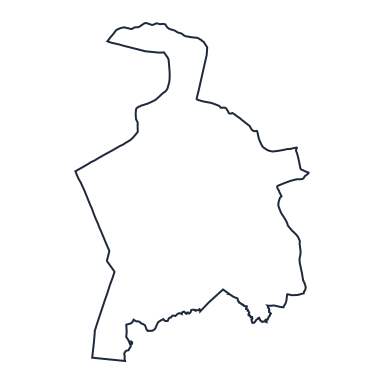 outline of Kota Subulussalam, Aceh, Indonesia
{"feature_id": "22746128B20185680371825", "entity_name": "Kota Subulussalam", "entity_type": "district", "adm_level": 2, "iso_a3": "IDN", "parent_name": "Indonesia", "parent_adm1": "Aceh", "projection": "orthographic", "projection_center": [97.94, 2.756], "detail": "fine", "context": "isolated", "style": "outline", "palette": "slate", "viewbox_px": 384, "rotation_deg": 0, "n_neighbors": 0, "source": "geoboundaries", "source_scale": "gbopen_adm2", "svg_char_len": 5981}
<svg xmlns="http://www.w3.org/2000/svg" viewBox="0 0 384 384"><path d="M92.2,357.7L125.1,361.0L125.0,360.4L124.6,359.7L124.7,355.7L124.4,355.0L124.2,353.7L124.4,353.3L125.2,351.8L125.9,351.0L126.6,350.6L128.0,350.4L128.7,350.1L129.4,348.4L130.5,347.1L130.7,345.7L130.4,344.7L129.7,343.3L129.8,343.3L130.9,344.2L131.5,344.2L131.8,344.1L132.1,343.5L132.2,342.9L131.7,341.8L131.4,341.5L131.1,341.4L130.4,341.6L129.3,341.6L128.8,341.1L128.8,340.8L126.2,336.8L126.7,332.3L126.3,324.7L131.1,323.3L131.5,322.7L132.3,322.4L133.1,320.8L133.6,319.7L136.0,321.3L138.4,321.4L139.8,322.0L141.0,323.3L143.4,324.2L144.8,325.2L145.0,325.3L146.7,329.8L147.3,330.2L147.4,330.7L148.1,331.0L148.5,330.8L148.8,330.9L149.2,330.8L150.1,330.7L151.2,330.9L152.8,330.6L154.0,329.6L154.8,329.2L155.2,328.7L157.1,324.2L158.1,322.3L160.8,320.4L162.8,319.5L163.2,319.1L164.8,320.8L166.6,321.1L167.0,321.1L167.8,320.8L168.0,320.4L168.3,319.4L169.3,317.9L169.9,317.6L170.8,317.6L172.2,315.8L173.0,315.6L173.8,315.6L175.4,316.0L176.4,315.0L177.5,314.0L178.3,313.5L179.4,313.2L180.5,313.4L181.8,314.1L182.0,312.7L182.5,312.1L183.4,311.9L183.9,311.6L184.5,311.9L185.3,313.0L185.9,313.6L186.2,313.7L186.5,313.8L186.9,312.9L187.3,312.5L187.9,312.5L188.1,313.2L188.5,313.4L189.4,313.4L189.8,313.2L190.8,311.8L191.1,310.2L191.9,309.8L194.5,309.7L194.8,309.8L194.8,310.3L195.5,310.8L197.0,310.1L198.1,310.3L198.5,310.2L199.0,309.6L199.5,309.2L199.8,309.7L200.1,309.9L200.2,311.4L208.6,302.6L223.0,289.5L229.6,294.2L229.3,294.3L230.0,294.5L233.6,296.9L237.2,298.3L237.8,299.0L237.8,300.2L238.0,300.7L238.4,301.1L238.4,301.5L239.1,302.0L239.1,302.6L240.2,303.0L240.7,303.3L241.2,303.7L241.5,304.2L242.2,304.3L242.3,304.6L242.8,304.7L243.0,304.9L243.3,304.9L243.3,305.2L243.7,305.4L243.9,305.8L244.2,306.1L245.4,306.2L245.7,306.4L245.9,306.4L246.0,306.3L246.2,306.2L246.6,306.5L246.8,306.5L246.6,307.5L246.0,308.7L246.0,309.0L246.8,309.3L247.1,309.3L247.7,309.6L247.7,310.7L248.2,310.8L248.2,311.2L248.7,311.6L249.3,312.9L248.4,314.3L248.5,314.7L249.0,314.5L248.9,315.3L249.4,315.3L249.9,315.9L250.1,315.8L250.4,316.0L250.7,316.8L250.7,317.1L251.3,316.9L252.1,317.0L252.1,317.5L252.4,318.4L252.2,318.6L252.1,319.2L251.6,319.3L251.4,319.7L251.8,321.2L252.0,321.4L252.2,322.7L253.0,322.9L254.0,322.8L254.6,322.0L255.0,321.9L255.2,321.7L255.7,320.7L256.5,319.7L257.8,318.9L258.0,318.2L259.2,317.8L259.6,319.1L260.0,319.4L260.3,320.6L260.8,320.7L261.5,321.2L261.8,321.7L262.4,322.0L263.2,321.5L264.3,321.5L265.6,321.6L266.6,322.1L266.6,321.5L266.0,320.8L265.3,320.4L265.4,320.1L265.7,319.7L266.1,319.6L267.4,319.6L267.8,319.5L267.8,318.9L268.0,318.3L268.4,317.7L268.7,316.7L269.7,316.1L269.9,314.7L270.5,314.2L270.9,313.5L270.1,312.9L269.0,311.9L269.0,311.4L269.3,310.7L269.3,309.7L269.0,309.5L269.0,308.4L267.9,307.5L268.0,306.4L267.9,305.8L267.7,305.6L269.6,305.8L274.2,305.5L280.6,307.0L283.5,307.3L284.1,305.7L285.4,303.7L286.3,301.2L287.1,294.9L287.4,294.2L291.7,295.2L297.6,295.0L303.7,293.3L304.2,291.2L305.1,290.3L305.5,288.7L305.7,287.1L304.8,283.8L303.1,280.2L301.9,272.9L299.8,263.2L299.5,259.7L299.6,258.2L300.3,255.2L300.6,252.0L300.4,249.6L299.6,243.7L299.9,241.3L298.8,238.5L297.8,236.6L295.9,234.3L294.0,232.4L292.0,230.6L288.6,226.5L287.7,225.2L287.5,224.2L287.0,222.7L285.5,219.8L281.5,213.5L280.7,211.9L278.7,207.0L278.3,204.9L278.6,202.0L279.8,198.1L280.2,197.5L281.5,196.2L279.3,191.9L279.0,190.9L278.5,189.9L277.6,188.7L277.1,186.8L277.5,186.1L278.3,185.6L284.4,183.1L290.7,180.8L291.7,180.6L292.8,180.2L296.5,179.3L300.9,179.2L301.9,179.1L303.0,178.7L303.8,177.9L304.7,176.3L307.6,174.1L308.4,173.2L308.6,172.8L308.1,172.4L305.8,171.6L300.7,169.2L300.1,166.8L298.5,158.9L297.1,153.5L296.1,151.0L296.0,150.4L296.4,148.7L296.9,147.9L296.9,147.7L296.4,147.6L292.7,148.3L290.6,148.9L289.4,149.0L288.3,149.0L286.5,149.2L284.7,149.7L278.6,150.8L273.6,151.4L272.5,151.5L269.6,150.9L267.9,150.3L266.1,149.3L264.9,148.4L263.4,147.5L262.3,146.1L261.5,144.8L259.9,141.3L258.7,138.1L257.6,132.8L257.1,131.3L256.9,130.9L254.0,131.2L252.0,130.0L251.3,129.0L249.8,126.3L249.3,125.6L248.1,124.9L246.9,123.8L245.1,122.6L244.5,121.9L242.4,120.4L239.9,118.2L236.5,115.9L235.6,115.2L235.0,114.6L234.7,114.6L232.5,113.0L230.6,113.7L229.1,113.3L228.8,113.1L228.4,112.1L227.3,110.1L225.7,108.0L224.3,107.6L220.8,107.8L219.7,106.4L218.8,105.7L214.0,103.9L211.2,102.9L203.1,101.4L198.6,100.1L196.7,99.3L196.8,97.9L198.6,90.7L206.7,54.9L207.2,47.4L203.8,42.0L201.8,40.7L201.2,39.9L200.0,39.4L198.9,38.6L197.3,37.8L192.6,37.4L186.0,36.3L184.3,35.7L182.1,33.9L180.6,33.2L178.4,32.7L177.1,32.1L174.9,30.6L169.6,29.0L168.6,28.5L166.9,26.9L165.3,24.3L162.2,23.9L159.9,24.2L157.3,23.4L156.3,23.4L153.0,24.8L152.2,25.0L151.1,24.7L148.0,23.6L146.0,23.0L145.1,23.1L144.1,23.5L139.5,26.6L138.4,27.2L135.1,27.3L134.2,27.6L132.0,28.9L131.0,29.0L129.7,28.7L128.0,28.1L126.8,28.1L125.0,27.4L122.4,27.6L120.0,28.3L117.0,29.6L116.0,30.4L113.2,34.1L110.6,37.1L107.4,41.3L110.0,42.3L112.1,42.9L119.3,44.5L123.3,45.7L145.5,51.3L157.7,52.5L160.0,52.6L164.0,52.4L166.5,56.0L167.0,56.5L168.0,58.3L168.6,59.7L169.3,67.5L169.7,73.6L169.6,79.0L169.2,82.4L167.5,88.4L167.1,89.2L166.0,90.8L165.4,91.4L162.6,93.4L157.8,97.9L155.3,100.0L151.7,101.8L147.7,103.6L144.6,104.6L141.0,105.7L140.0,106.4L138.7,106.7L137.6,107.4L136.5,108.4L136.0,109.5L135.7,113.5L135.8,116.7L136.1,119.4L137.3,121.7L137.7,122.7L137.6,126.3L137.8,131.8L135.5,134.7L132.7,137.9L130.5,139.9L126.9,142.2L126.1,142.5L123.8,144.1L122.1,145.1L120.5,145.7L112.0,150.6L103.3,155.3L102.0,156.1L97.2,158.8L95.1,160.2L90.9,162.2L87.8,164.2L75.4,171.3L76.1,172.8L76.4,173.9L78.4,178.4L79.8,181.0L80.7,182.4L82.1,185.6L84.3,190.3L90.3,205.1L91.6,207.8L94.6,216.0L96.1,219.6L98.2,224.2L98.6,225.6L99.8,228.5L100.9,230.9L106.0,243.2L109.1,250.4L109.3,251.3L107.0,260.4L107.0,260.8L107.3,261.6L114.4,271.5L114.4,272.2L112.7,277.5L109.8,285.3L107.2,293.6L104.7,300.6L104.5,301.1L104.4,301.6L97.1,323.5L94.7,331.2L94.8,331.8L94.0,341.4L92.2,357.7Z" fill="none" stroke="#1e293b" stroke-width="2"/></svg>